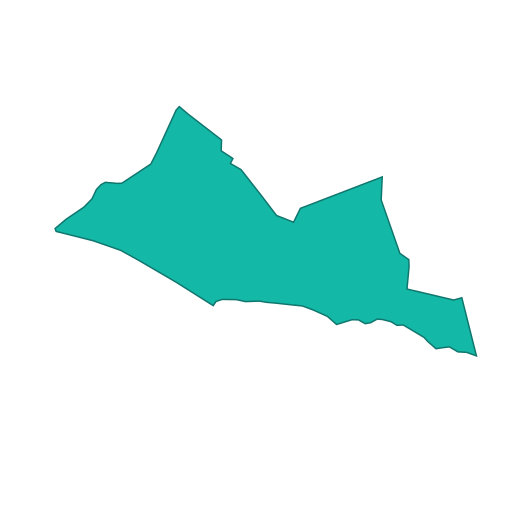 Chilanzar, Tashkent, Uzbekistan, rotated 71°
{"feature_id": "79887680B30402232719617", "entity_name": "Chilanzar", "entity_type": "district", "adm_level": 2, "iso_a3": "UZB", "parent_name": "Uzbekistan", "parent_adm1": "Tashkent", "projection": "orthographic", "projection_center": [69.178, 41.232], "detail": "fine", "context": "isolated", "style": "filled", "palette": "teal", "viewbox_px": 512, "rotation_deg": 71, "n_neighbors": 0, "source": "geoboundaries", "source_scale": "gbopen_adm2", "svg_char_len": 978}
<svg xmlns="http://www.w3.org/2000/svg" viewBox="0 0 512 512"><g transform="rotate(71 256 256)"><path d="M289.0,312.6L286.0,308.6L286.0,302.3L287.7,297.5L290.9,288.7L295.7,280.8L299.7,267.6L303.3,261.0L306.8,253.1L312.6,240.8L318.3,228.5L325.4,219.8L336.4,208.1L347.0,202.1L347.5,186.1L349.7,180.0L355.5,174.8L356.4,169.5L355.1,161.9L357.3,157.0L362.2,149.6L367.4,145.3L369.2,139.2L387.7,123.6L392.6,121.5L402.3,116.0L403.2,110.7L404.9,102.7L412.4,96.3L415.6,88.3L422.2,80.1L362.5,75.0L362.0,83.4L336.4,124.0L315.8,114.7L309.2,112.7L300.4,119.1L243.8,119.4L222.3,110.9L225.4,198.5L236.3,209.5L224.4,223.4L202.0,230.8L169.5,242.0L160.2,250.1L156.3,246.1L145.2,254.7L135.1,250.8L99.9,273.9L89.8,279.9L92.0,284.0L126.1,316.4L134.8,325.5L143.5,359.1L142.2,363.5L137.3,374.5L138.1,379.4L141.2,385.3L148.6,392.5L153.8,402.9L159.4,423.5L164.6,437.0L167.7,437.0L188.5,405.1L206.6,382.1L221.6,368.6L254.6,340.2L289.0,312.6Z" fill="#14b8a6" stroke="#0f766e" stroke-width="1.5"/></g></svg>